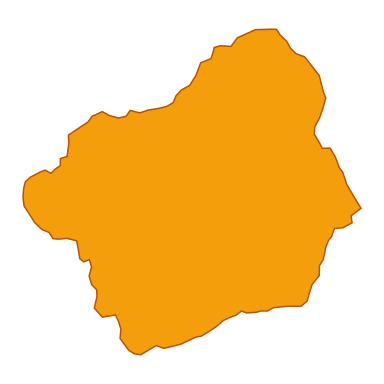 Ingazeira, Pernambuco, Brazil
{"feature_id": "56859067B31203293354202", "entity_name": "Ingazeira", "entity_type": "district", "adm_level": 2, "iso_a3": "BRA", "parent_name": "Brazil", "parent_adm1": "Pernambuco", "projection": "robinson", "projection_center": [-37.421, -7.711], "detail": "fine", "context": "isolated", "style": "filled", "palette": "amber", "viewbox_px": 384, "rotation_deg": 0, "n_neighbors": 0, "source": "geoboundaries", "source_scale": "gbopen_adm2", "svg_char_len": 1527}
<svg xmlns="http://www.w3.org/2000/svg" viewBox="0 0 384 384"><path d="M361.0,208.3L356.6,201.2L346.8,184.5L342.7,172.2L339.4,167.9L335.4,157.1L330.1,148.1L322.2,148.3L319.7,143.2L314.3,134.3L314.8,126.8L319.7,117.6L322.7,108.9L325.8,97.8L323.5,92.4L319.2,75.5L304.6,56.8L296.2,53.8L290.3,48.1L286.7,41.2L280.3,35.2L276.5,29.3L268.6,29.3L255.4,29.7L237.4,37.8L231.0,46.4L220.6,45.7L214.2,47.5L212.9,53.3L210.8,58.7L200.7,62.8L195.9,75.5L189.6,85.4L181.4,90.0L176.1,95.7L173.2,102.6L166.8,106.4L159.0,108.3L147.7,110.2L139.9,112.9L130.2,110.4L126.2,116.2L118.7,118.0L109.2,115.5L102.3,111.6L92.0,116.4L88.2,121.8L68.4,135.1L68.9,142.7L68.1,148.9L67.1,156.4L60.4,158.6L60.3,165.6L55.1,169.2L51.1,173.3L45.0,170.1L39.5,172.4L30.7,177.0L25.4,181.6L23.6,188.7L23.0,197.5L24.1,206.0L31.2,217.0L34.6,222.5L42.2,229.7L49.0,232.4L53.0,238.7L58.8,239.1L66.8,238.4L76.6,240.8L78.1,248.3L79.8,258.7L83.8,261.9L89.4,259.6L91.5,267.1L89.1,276.0L91.7,284.6L96.7,289.9L97.0,296.6L94.3,308.1L102.3,317.1L115.5,315.0L118.4,321.2L120.9,329.1L120.1,338.5L128.9,350.5L134.6,353.8L140.7,354.7L156.3,345.6L163.8,348.4L180.8,344.2L195.7,337.2L201.5,336.0L207.3,332.5L215.8,327.0L223.0,320.7L229.4,317.6L236.0,315.2L241.5,311.0L246.6,312.9L256.1,312.3L261.1,311.0L267.3,311.0L273.6,307.7L287.7,306.2L301.2,306.2L307.1,301.1L309.4,292.9L312.1,284.5L319.2,275.6L319.5,265.6L323.2,259.6L324.6,253.3L325.6,247.7L328.3,240.8L331.7,236.4L334.4,228.5L343.1,227.7L352.1,222.7L351.1,215.8L361.0,208.3Z" fill="#f59e0b" stroke="#b45309" stroke-width="1.5"/></svg>